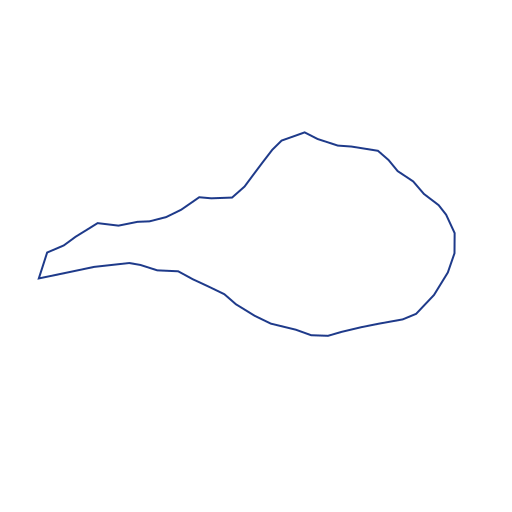 Karpaseia, Cyprus (Equal Earth projection), rotated 41°
{"feature_id": "46923920B2275839415846", "entity_name": "Karpaseia", "entity_type": "district", "adm_level": 2, "iso_a3": "CYP", "parent_name": "Cyprus", "parent_adm1": "", "projection": "equal_earth", "projection_center": [33.063, 35.283], "detail": "fine", "context": "isolated", "style": "outline", "palette": "blue", "viewbox_px": 512, "rotation_deg": 41, "n_neighbors": 0, "source": "geoboundaries", "source_scale": "gbopen_adm2", "svg_char_len": 818}
<svg xmlns="http://www.w3.org/2000/svg" viewBox="0 0 512 512"><g transform="rotate(41 256 256)"><path d="M106.8,415.4L125.7,390.6L140.9,370.5L152.9,357.5L164.9,344.5L174.6,338.6L190.9,331.6L207.3,318.6L223.6,315.0L239.9,310.3L257.2,305.6L272.5,305.6L294.2,302.0L311.6,297.3L334.4,285.5L349.6,279.6L362.7,269.0L370.3,257.2L382.2,240.6L393.1,226.5L408.3,207.6L414.8,194.6L415.9,168.6L411.6,142.6L404.0,123.7L390.9,108.4L372.4,100.1L360.5,97.8L342.0,99.0L325.7,96.6L307.2,99.0L293.1,96.6L279.0,96.6L256.2,110.8L245.3,119.0L225.7,127.3L211.6,130.8L199.6,152.1L198.6,165.1L199.6,181.6L200.7,196.9L201.8,211.1L199.6,227.6L184.4,241.8L174.6,248.9L169.2,270.1L162.7,285.5L152.9,299.7L144.2,307.9L132.3,323.3L114.9,335.1L107.2,359.9L104.0,374.1L96.1,390.4L106.8,415.4Z" fill="none" stroke="#1e3a8a" stroke-width="2"/></g></svg>